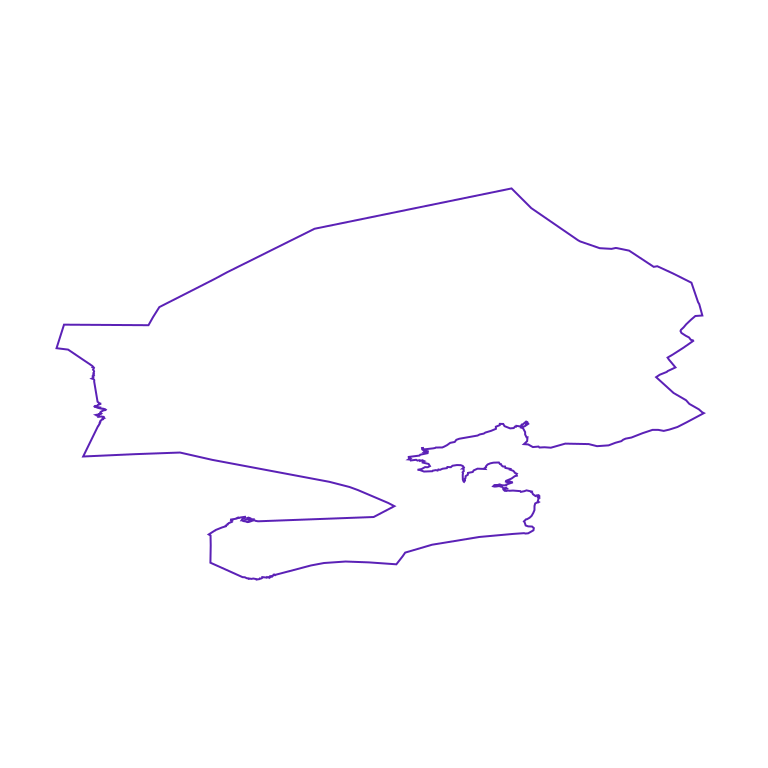 Sørreisa nor, Troms, Norway, rotated 175°
{"feature_id": "86288312B8991276694955", "entity_name": "Sørreisa nor", "entity_type": "district", "adm_level": 2, "iso_a3": "NOR", "parent_name": "Norway", "parent_adm1": "Troms", "projection": "robinson", "projection_center": [18.288, 69.101], "detail": "fine", "context": "isolated", "style": "outline", "palette": "violet", "viewbox_px": 768, "rotation_deg": 175, "n_neighbors": 0, "source": "geoboundaries", "source_scale": "gbopen_adm2", "svg_char_len": 6100}
<svg xmlns="http://www.w3.org/2000/svg" viewBox="0 0 768 768"><g transform="rotate(175 384 384)"><path d="M253.4,222.7L247.9,225.2L247.3,227.4L248.9,229.1L252.8,229.6L255.2,230.7L256.0,234.1L256.6,234.9L254.3,236.8L253.2,236.9L250.6,238.1L248.5,239.7L246.5,242.6L245.1,245.3L244.7,249.4L243.8,251.8L241.9,252.6L240.7,252.6L240.1,252.9L241.1,253.6L239.9,256.7L239.1,257.0L239.2,257.4L240.4,257.3L241.0,258.6L239.2,259.1L239.7,259.8L241.9,259.7L242.9,259.2L245.2,261.2L246.0,263.2L246.6,263.5L246.2,264.0L251.3,265.6L253.6,265.0L257.1,264.6L257.6,265.4L264.8,266.6L268.3,266.7L269.9,267.1L271.2,266.8L273.1,267.1L274.1,268.3L273.4,268.7L270.7,269.2L271.4,269.9L273.3,269.7L274.5,270.0L275.6,271.5L276.8,271.6L278.0,272.3L281.5,272.1L283.0,272.2L284.1,272.6L282.8,273.7L279.5,273.5L277.6,273.9L275.2,272.8L271.0,272.4L270.9,273.2L264.2,274.8L265.2,275.0L266.9,275.9L268.9,275.9L269.1,275.6L270.3,275.7L271.1,276.1L270.8,276.9L265.2,278.7L261.7,280.8L259.6,281.1L260.0,282.9L259.7,283.1L261.5,284.2L261.9,285.2L262.9,286.3L265.7,287.6L265.3,287.9L265.2,288.3L270.4,289.8L270.6,291.2L272.6,291.4L274.0,292.6L274.4,293.9L275.5,294.2L276.4,295.8L281.8,296.1L285.0,295.7L287.8,294.8L289.7,293.0L289.6,292.2L291.1,291.4L290.5,290.5L298.2,291.5L302.2,290.1L303.3,288.6L308.1,288.1L308.4,286.3L310.7,285.1L311.1,283.0L311.7,282.6L311.7,280.8L312.8,279.5L313.2,279.9L313.8,281.9L313.5,286.7L313.1,287.9L313.4,289.2L312.1,290.3L312.4,292.4L311.3,292.9L313.0,293.0L311.7,293.9L312.7,295.5L314.7,296.5L318.6,296.9L322.9,296.6L324.7,295.3L328.1,295.8L328.7,294.7L333.0,294.5L335.7,293.6L337.3,294.1L338.1,293.1L339.8,293.7L343.0,293.4L343.4,292.9L351.8,293.3L355.8,295.2L358.1,295.6L354.0,296.0L350.4,297.6L347.6,297.3L345.4,298.2L346.6,300.5L352.4,302.4L352.4,303.2L350.7,303.7L352.4,304.7L354.9,304.2L355.1,305.0L357.4,304.8L358.6,305.7L364.0,305.5L364.2,306.4L366.0,306.7L364.3,307.5L365.7,308.2L365.7,309.2L354.9,309.6L354.1,310.4L346.6,311.3L346.2,312.9L349.7,312.9L348.3,313.9L350.3,314.4L351.6,315.5L351.7,316.9L350.7,316.9L350.5,315.6L348.8,315.4L340.7,315.6L338.7,315.8L337.9,316.2L331.5,315.7L329.4,316.4L326.5,317.6L323.2,319.6L318.6,320.1L316.8,322.1L313.8,322.9L295.2,324.5L293.1,325.4L288.9,325.9L287.3,326.8L281.4,328.0L276.4,329.6L276.3,331.7L272.3,332.9L272.1,334.2L268.7,333.8L267.6,331.5L262.2,328.8L258.6,328.8L257.3,330.1L256.3,329.9L255.9,330.8L251.7,329.8L250.3,331.6L249.5,331.5L245.7,334.2L244.8,333.7L245.9,331.7L243.9,332.2L243.7,331.8L247.6,329.6L249.2,329.3L250.9,329.7L251.4,328.7L249.4,327.9L247.6,323.8L247.8,321.4L246.6,318.4L245.7,318.4L246.4,314.6L249.8,311.9L245.6,311.2L241.2,308.2L235.5,308.2L234.7,307.2L229.6,307.0L223.3,306.0L208.6,308.8L185.3,306.3L177.2,303.5L165.6,303.3L158.5,305.3L152.5,306.4L150.7,307.6L148.1,308.5L142.2,309.1L130.6,312.5L120.5,314.9L114.8,314.4L109.4,312.9L103.8,313.7L95.4,315.6L86.0,319.4L67.9,327.1L69.5,328.1L72.5,331.3L81.6,337.6L84.5,341.5L96.3,349.8L112.3,367.1L108.5,369.2L101.2,371.4L100.4,372.1L92.2,375.1L98.1,383.6L99.2,385.6L94.3,387.9L83.0,393.8L72.2,400.0L72.4,400.5L74.5,401.3L76.1,403.8L79.1,405.7L83.2,408.9L84.0,410.9L83.5,412.0L80.5,414.4L77.7,417.2L72.4,421.4L67.9,424.6L60.9,424.5L63.0,436.1L64.0,438.2L68.9,458.1L86.6,469.0L101.5,477.5L105.1,477.2L128.2,495.5L140.2,499.1L141.4,499.3L145.6,498.8L157.3,500.5L176.1,508.9L178.2,510.3L222.0,546.4L239.9,567.7L439.7,544.7L530.3,509.1L544.3,503.1L601.1,480.2L608.3,470.7L613.5,463.1L697.6,471.0L707.1,448.2L695.7,445.8L673.0,427.4L672.3,426.5L672.7,426.1L671.9,425.9L671.5,425.4L672.6,423.6L672.0,422.8L671.7,421.8L672.1,420.7L672.5,420.3L672.2,419.8L672.5,419.6L672.7,419.1L672.4,418.9L672.2,418.4L672.9,417.8L672.6,417.5L673.5,417.1L673.0,415.9L673.7,415.3L674.6,414.9L672.8,414.1L672.5,413.7L672.3,413.1L672.5,411.6L670.9,391.3L669.7,390.2L669.7,389.5L667.5,389.1L671.0,388.0L671.6,387.2L673.9,387.3L674.4,386.8L674.1,386.4L672.6,386.1L672.4,385.8L670.9,385.9L669.0,385.3L667.6,385.2L669.6,385.1L670.0,384.8L667.5,384.0L666.3,384.0L664.1,383.2L663.4,382.6L663.8,382.3L665.7,382.2L668.1,381.2L669.1,380.5L669.3,380.0L668.2,379.2L668.8,378.8L670.2,378.9L670.0,378.6L670.3,378.3L671.1,378.1L671.8,378.0L673.0,378.4L673.7,378.3L673.2,378.0L673.7,377.9L672.8,377.7L671.4,376.7L670.3,376.5L670.6,376.2L668.3,376.3L667.4,376.0L667.3,375.7L666.4,375.8L666.0,375.6L665.8,374.8L666.5,374.5L666.1,374.3L666.9,374.0L666.9,373.4L668.5,372.9L670.0,371.6L669.8,371.0L670.5,370.4L670.4,369.9L670.8,369.7L671.0,368.7L671.6,368.2L671.7,367.8L672.4,366.9L672.6,366.9L690.0,338.0L638.0,335.8L593.2,333.5L561.7,323.4L446.9,291.3L427.3,284.4L419.2,280.6L390.3,265.2L384.3,261.4L405.9,252.4L521.4,258.2L524.0,258.9L524.9,259.6L527.1,259.3L528.4,259.5L528.6,259.9L527.1,259.8L526.3,260.2L526.0,260.6L528.1,260.9L528.6,261.2L528.6,261.7L529.1,262.0L530.7,262.7L531.8,262.4L531.8,261.8L532.6,261.3L531.9,261.3L529.6,260.4L530.1,260.1L529.7,259.4L530.4,259.0L529.7,258.6L530.9,258.3L532.3,258.4L532.7,258.6L532.6,258.9L535.7,259.6L536.6,260.0L536.9,260.5L537.8,260.6L537.0,261.6L534.8,262.3L533.9,263.1L534.0,263.8L539.2,263.5L539.9,263.2L540.5,263.2L540.9,263.7L541.5,263.5L541.2,263.3L541.5,263.1L543.0,262.7L548.2,262.3L548.2,262.0L547.6,261.5L547.7,261.4L547.4,261.1L547.8,261.0L547.6,260.8L547.9,260.3L547.7,259.9L550.9,258.9L551.4,258.3L552.0,258.2L552.1,257.6L554.0,256.7L553.9,256.1L557.9,255.2L564.5,253.2L564.9,252.8L565.4,252.7L571.7,249.4L570.0,248.2L570.7,238.3L572.5,221.1L541.7,203.9L539.5,203.6L537.7,202.5L536.0,202.2L536.0,201.8L535.7,201.6L534.5,201.8L533.1,201.4L531.2,201.6L527.9,200.7L527.9,200.3L525.2,200.5L524.7,201.1L524.0,200.8L522.6,201.2L522.4,201.4L522.9,201.5L521.3,201.9L521.4,202.1L518.3,201.5L517.7,201.8L517.5,201.4L516.9,201.7L516.2,201.7L516.3,201.5L515.8,201.5L515.7,201.3L514.4,201.6L514.4,201.3L513.6,201.8L513.7,202.4L513.0,202.2L512.9,201.8L512.3,201.8L512.0,202.1L512.2,202.6L511.0,202.9L510.6,203.7L509.8,203.7L509.7,203.2L509.1,203.0L508.1,203.5L472.6,209.6L459.4,210.9L437.8,210.5L414.5,207.6L387.4,203.3L380.4,210.8L377.6,214.2L350.2,219.7L302.5,223.3L268.5,223.4L257.5,223.2L256.0,222.7L253.4,222.7Z" fill="none" stroke="#5b21b6" stroke-width="2"/></g></svg>